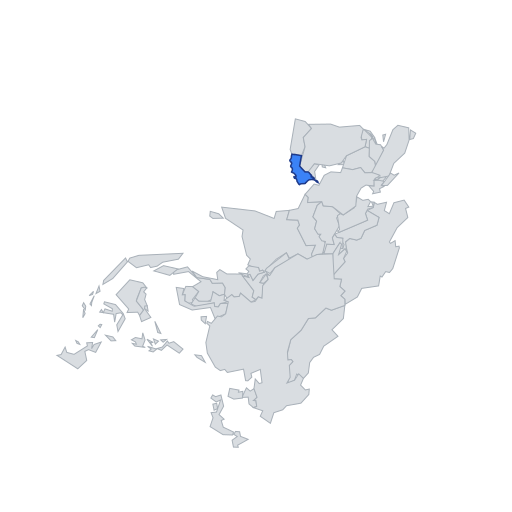 Oman on a map of Asia (Robinson projection), rotated 121°
{"feature_id": "OMN", "entity_name": "Oman", "entity_type": "country or territory", "adm_level": 0, "iso_a3": "OMN", "parent_name": "Asia", "parent_adm1": "", "projection": "robinson", "projection_center": [56.004, 21.502], "detail": "fine", "context": "in_parent", "style": "filled", "palette": "blue", "viewbox_px": 512, "rotation_deg": 121, "n_neighbors": 45, "source": "natural_earth", "source_scale": "50m", "svg_char_len": 15613}
<svg xmlns="http://www.w3.org/2000/svg" viewBox="0 0 512 512"><g transform="rotate(121 256 256)"><path d="M251.5,154.7L247.3,157.6L246.3,162.9L240.3,161.7L239.0,168.4L231.9,170.7L235.3,177.2L233.8,180.3L215.1,176.7L213.1,179.7L206.1,179.0L198.7,186.6L192.7,184.7L190.5,177.9L186.8,175.1L178.1,176.0L167.3,168.2L159.6,170.4L159.7,184.2L154.0,180.4L149.1,182.4L149.2,178.6L142.7,171.8L151.0,169.4L151.1,163.5L139.3,165.2L131.8,157.8L135.4,150.2L138.2,152.3L144.8,145.7L159.0,149.6L175.3,148.9L175.9,147.2L171.2,144.7L176.1,141.0L173.9,138.5L175.2,137.3L196.3,132.3L201.4,133.1L202.6,136.8L209.2,137.2L209.2,139.2L218.5,135.5L229.3,148.7L238.9,148.0L251.5,154.7Z" fill="#d9dde1" stroke="#a8b0b8" stroke-width="1"/><path d="M159.7,184.2L159.6,170.4L167.3,168.2L178.1,176.0L186.8,175.1L190.5,177.9L192.7,184.7L197.6,186.6L205.5,180.6L204.0,183.4L212.3,185.9L208.5,188.6L204.9,188.3L204.9,185.5L200.9,186.4L198.7,190.9L196.1,190.7L198.4,196.1L196.9,199.9L167.8,178.8L163.2,184.1L159.7,184.2Z" fill="#d9dde1" stroke="#a8b0b8" stroke-width="1"/><path d="M444.5,350.7L443.7,375.4L440.9,372.3L432.4,372.7L436.1,368.6L434.0,361.3L419.9,354.2L417.6,356.4L414.3,351.5L420.1,349.2L415.2,349.2L409.5,344.4L421.2,343.8L422.5,351.3L425.9,353.6L432.7,347.3L444.5,350.7ZM390.1,374.6L388.1,379.3L384.8,379.7L386.7,376.1L390.1,374.6ZM421.3,367.0L421.1,364.1L422.5,361.5L423.1,364.4L421.3,367.0ZM367.0,325.1L365.1,328.5L370.9,337.4L367.0,337.8L361.2,356.0L341.4,351.9L337.3,339.2L339.6,333.2L342.5,337.9L353.5,336.2L356.2,335.4L360.2,324.5L367.0,325.1ZM400.6,353.7L409.2,352.5L410.4,355.4L400.6,353.7ZM397.1,355.2L394.8,354.5L394.2,352.9L397.6,352.7L397.1,355.2ZM400.8,332.6L403.4,336.5L401.4,344.2L399.1,337.0L400.8,332.6ZM377.2,335.8L391.8,335.4L386.7,339.9L374.9,339.9L374.4,342.8L377.4,346.2L385.5,343.1L379.3,348.0L384.6,361.1L381.5,360.9L383.2,357.7L379.1,358.2L377.4,350.8L375.2,351.9L375.4,361.8L373.3,362.3L370.0,351.4L373.7,340.2L377.2,335.8ZM375.9,378.6L370.0,377.1L373.1,376.3L375.9,378.6ZM373.3,374.2L380.3,372.9L383.3,371.5L382.7,373.6L373.3,374.2ZM366.6,371.5L370.6,373.8L362.6,375.1L366.6,371.5ZM327.3,363.2L349.1,367.2L359.2,372.6L355.4,374.0L324.9,366.8L327.3,363.2ZM318.8,343.5L327.6,352.4L326.5,363.0L322.8,363.1L315.8,356.8L291.3,320.0L298.7,320.9L309.4,332.8L315.6,335.5L320.2,340.4L318.8,343.5Z" fill="#d9dde1" stroke="#a8b0b8" stroke-width="1"/><path d="M390.4,376.4L393.4,372.8L398.1,372.7L390.4,376.4Z" fill="#d9dde1" stroke="#a8b0b8" stroke-width="1"/><path d="M95.7,214.6L92.7,219.9L91.9,228.9L90.2,222.4L93.3,215.3L95.7,214.6Z" fill="#d9dde1" stroke="#a8b0b8" stroke-width="1"/><path d="M98.4,211.0L93.4,215.3L98.0,209.6L98.4,211.0Z" fill="#d9dde1" stroke="#a8b0b8" stroke-width="1"/><path d="M94.6,217.9L92.4,221.9L93.5,217.4L94.6,217.9Z" fill="#d9dde1" stroke="#a8b0b8" stroke-width="1"/><path d="M94.6,217.9L105.2,214.2L106.2,218.8L99.1,221.3L102.0,225.1L95.6,230.0L91.9,228.9L94.6,217.9Z" fill="#d9dde1" stroke="#a8b0b8" stroke-width="1"/><path d="M145.4,248.8L153.3,249.3L160.7,243.2L156.6,255.5L146.8,253.5L145.4,248.8Z" fill="#d9dde1" stroke="#a8b0b8" stroke-width="1"/><path d="M142.9,246.9L142.7,244.1L144.5,241.7L145.5,245.1L142.9,246.9Z" fill="#d9dde1" stroke="#a8b0b8" stroke-width="1"/><path d="M131.9,226.8L135.3,232.5L129.4,230.4L131.9,226.8Z" fill="#d9dde1" stroke="#a8b0b8" stroke-width="1"/><path d="M106.2,218.8L105.2,214.2L112.4,210.2L113.7,202.9L118.5,199.0L124.7,199.8L128.6,205.5L126.3,211.9L132.2,217.6L135.9,227.3L123.4,230.1L106.2,218.8Z" fill="#d9dde1" stroke="#a8b0b8" stroke-width="1"/><path d="M314.9,294.6L315.9,286.8L326.1,288.1L327.5,285.5L331.4,289.5L331.2,294.0L325.7,296.9L327.3,299.2L318.2,300.5L314.9,294.6Z" fill="#d9dde1" stroke="#a8b0b8" stroke-width="1"/><path d="M323.3,286.7L315.9,286.8L314.9,294.6L306.4,289.9L304.1,305.8L314.1,317.2L310.9,319.2L300.6,309.1L305.0,295.7L299.8,283.4L301.9,279.4L296.4,270.8L299.0,266.0L305.0,263.3L309.0,267.0L308.8,274.4L315.6,271.3L320.9,274.7L324.2,281.7L323.3,286.7Z" fill="#d9dde1" stroke="#a8b0b8" stroke-width="1"/><path d="M330.5,286.9L323.3,286.7L324.2,281.7L318.2,271.6L308.8,274.4L309.0,267.0L305.0,263.3L310.3,260.5L309.5,256.1L315.0,262.0L319.1,262.1L320.6,265.4L317.7,267.7L329.9,280.5L330.5,286.9Z" fill="#d9dde1" stroke="#a8b0b8" stroke-width="1"/><path d="M305.0,263.3L299.0,266.0L296.4,270.8L301.9,279.4L299.8,283.4L305.0,295.7L301.8,303.1L301.2,291.0L296.0,276.6L290.3,281.2L286.3,280.0L286.4,271.7L279.0,259.3L286.9,240.0L293.2,238.1L293.4,233.6L298.1,236.4L295.8,250.1L299.2,249.5L302.4,253.7L301.6,256.9L308.0,257.9L305.0,263.3Z" fill="#d9dde1" stroke="#a8b0b8" stroke-width="1"/><path d="M321.0,301.0L327.3,299.2L325.7,296.9L331.2,294.0L330.9,283.1L317.7,267.7L320.6,265.4L319.1,262.1L315.0,262.0L311.1,255.6L321.2,252.2L330.7,259.0L323.6,268.5L335.2,282.9L337.0,296.5L324.0,308.2L321.0,301.0Z" fill="#d9dde1" stroke="#a8b0b8" stroke-width="1"/><path d="M387.3,180.1L386.4,185.8L381.0,190.0L384.5,195.3L373.9,196.3L374.8,191.4L370.8,189.4L372.5,187.0L376.6,182.3L381.1,183.6L380.0,181.6L384.6,177.9L387.3,180.1Z" fill="#d9dde1" stroke="#a8b0b8" stroke-width="1"/><path d="M378.8,197.6L384.7,194.4L390.1,201.3L390.7,207.7L383.0,210.3L379.7,201.5L381.8,200.9L378.8,197.6Z" fill="#d9dde1" stroke="#a8b0b8" stroke-width="1"/><path d="M252.6,154.4L264.6,148.9L280.1,152.9L282.6,144.4L298.4,151.5L307.6,150.8L313.2,154.5L319.7,155.1L329.3,150.9L336.5,152.3L336.2,160.3L342.7,159.0L348.9,162.8L332.6,171.1L327.6,170.0L326.6,172.4L328.7,175.1L325.3,178.3L309.8,183.1L296.3,179.1L282.6,178.9L278.4,173.2L264.6,169.3L263.6,163.4L252.6,154.4Z" fill="#d9dde1" stroke="#a8b0b8" stroke-width="1"/><path d="M293.4,233.6L293.2,238.1L286.9,240.0L280.1,257.2L278.0,251.2L276.7,253.6L274.8,251.6L278.5,246.0L270.4,244.9L265.6,240.5L264.7,243.0L267.2,245.1L264.6,247.9L266.6,248.9L267.8,258.5L261.5,259.3L260.2,264.4L246.5,278.0L240.4,280.5L239.4,301.5L231.8,310.6L217.9,280.1L214.5,259.8L207.4,261.6L199.7,250.9L209.0,248.4L203.7,238.6L207.1,234.6L210.9,234.9L221.3,218.4L216.1,210.6L225.9,209.3L228.7,206.2L232.4,210.6L232.6,221.2L240.6,226.3L237.6,231.6L248.3,237.0L264.0,240.6L265.7,234.2L266.3,238.0L269.4,239.4L276.8,239.0L275.4,235.4L289.1,229.1L289.9,233.0L293.4,233.6Z" fill="#d9dde1" stroke="#a8b0b8" stroke-width="1"/><path d="M278.0,251.2L279.4,262.4L275.8,254.4L272.8,254.3L272.3,258.0L268.2,257.1L264.6,247.9L267.2,245.1L264.7,243.0L265.6,240.5L270.4,244.9L278.5,246.0L274.8,251.6L276.7,253.6L278.0,251.2Z" fill="#d9dde1" stroke="#a8b0b8" stroke-width="1"/><path d="M275.4,235.4L276.8,239.0L266.3,238.0L269.8,233.5L275.4,235.4Z" fill="#d9dde1" stroke="#a8b0b8" stroke-width="1"/><path d="M263.8,235.0L264.0,240.6L261.3,240.7L237.6,231.6L241.8,225.4L256.3,233.8L263.8,235.0Z" fill="#d9dde1" stroke="#a8b0b8" stroke-width="1"/><path d="M228.7,206.2L225.9,209.3L216.1,210.6L221.3,218.4L210.9,234.9L207.1,234.6L203.7,238.6L209.0,248.4L199.7,250.9L193.6,244.3L177.8,245.7L178.9,241.3L183.6,239.3L175.5,227.6L181.0,229.6L193.1,227.4L194.9,222.0L202.4,219.8L209.6,202.3L219.8,200.0L223.4,204.6L228.7,206.2Z" fill="#d9dde1" stroke="#a8b0b8" stroke-width="1"/><path d="M187.2,200.0L201.1,199.9L205.9,194.8L209.5,201.4L213.8,198.6L219.8,200.0L207.8,204.0L209.1,207.4L207.0,211.9L204.0,211.7L205.4,214.2L202.4,219.8L194.9,222.0L193.1,227.4L181.0,229.6L175.5,227.6L178.4,224.2L174.3,215.7L176.3,205.6L181.9,206.5L187.2,200.0Z" fill="#d9dde1" stroke="#a8b0b8" stroke-width="1"/><path d="M196.9,199.9L198.4,196.1L196.1,190.7L204.9,185.5L206.2,188.2L201.5,190.9L214.6,191.3L219.2,198.9L209.5,201.4L205.9,194.8L201.1,199.9L196.9,199.9Z" fill="#d9dde1" stroke="#a8b0b8" stroke-width="1"/><path d="M205.5,180.6L213.1,179.7L215.1,176.7L233.8,180.3L214.6,191.3L201.5,190.9L201.7,188.7L212.3,185.9L204.0,183.4L205.5,180.6Z" fill="#d9dde1" stroke="#a8b0b8" stroke-width="1"/><path d="M149.1,182.4L154.0,180.4L158.2,184.4L163.2,184.1L167.8,178.8L192.7,196.8L192.7,199.1L190.3,198.0L179.5,207.0L176.3,205.6L175.9,202.4L164.0,196.6L153.3,199.7L153.3,193.1L149.6,189.0L150.4,185.8L156.0,185.5L152.9,181.1L150.1,184.9L149.1,182.4Z" fill="#d9dde1" stroke="#a8b0b8" stroke-width="1"/><path d="M135.9,227.3L132.2,217.6L126.3,211.9L128.6,205.5L123.1,196.8L123.0,191.3L129.2,193.9L135.3,190.7L138.6,198.3L143.7,200.9L153.0,200.6L161.8,196.2L175.9,202.4L174.3,215.7L178.4,224.2L175.5,227.6L183.6,239.3L178.9,241.3L177.8,245.7L164.4,243.2L163.0,238.5L151.7,239.1L145.3,235.1L140.9,226.4L135.9,227.3Z" fill="#d9dde1" stroke="#a8b0b8" stroke-width="1"/><path d="M95.2,216.7L98.4,211.0L96.5,206.5L99.5,201.1L117.1,199.6L113.7,202.9L112.4,210.2L98.7,218.2L95.2,216.7Z" fill="#d9dde1" stroke="#a8b0b8" stroke-width="1"/><path d="M130.4,193.8L121.8,188.2L121.7,185.0L127.7,186.1L130.4,193.8Z" fill="#d9dde1" stroke="#a8b0b8" stroke-width="1"/><path d="M124.7,199.8L99.5,201.1L97.4,204.9L97.6,201.8L93.1,201.2L77.2,203.7L70.9,201.7L67.5,191.1L77.7,184.5L91.2,181.5L105.6,185.6L118.9,183.2L125.2,190.2L123.0,191.3L124.7,199.8ZM68.5,182.3L74.3,181.6L77.0,184.2L68.4,188.5L68.5,182.3Z" fill="#d9dde1" stroke="#a8b0b8" stroke-width="1"/><path d="M246.0,312.3L245.6,316.2L241.3,318.2L239.0,309.7L240.4,303.5L246.0,312.3Z" fill="#d9dde1" stroke="#a8b0b8" stroke-width="1"/><path d="M336.4,271.8L333.3,267.3L340.2,264.6L339.1,269.9L336.4,271.8ZM214.6,191.3L235.3,177.2L231.9,170.7L239.0,168.4L240.3,161.7L246.3,162.9L247.3,157.6L252.6,154.4L263.6,163.4L264.6,169.3L278.4,173.2L282.6,178.9L296.3,179.1L309.8,183.1L322.0,179.7L328.7,175.1L326.6,172.4L327.6,170.0L332.6,171.1L342.4,164.2L349.0,164.1L342.7,159.0L335.0,158.7L336.5,152.3L343.7,151.3L345.4,144.7L342.6,141.8L347.5,139.4L359.0,141.7L368.6,152.7L374.1,153.9L381.1,160.0L392.0,157.5L391.2,169.8L385.2,170.5L387.3,180.1L384.6,177.9L380.0,181.6L381.1,183.6L376.6,182.3L370.8,189.4L361.8,193.3L363.7,187.5L361.5,185.6L351.0,193.9L359.2,199.9L362.0,197.2L367.2,198.7L368.2,200.7L359.4,208.4L370.6,220.6L369.3,224.4L372.6,227.6L372.2,233.7L364.3,247.7L356.0,254.4L339.7,259.6L339.0,263.6L337.1,263.9L336.7,259.6L327.3,258.1L326.0,254.3L321.2,252.2L309.5,256.1L310.3,260.5L301.6,256.9L302.4,253.7L299.2,249.5L295.8,250.1L298.1,236.4L295.3,233.3L289.9,233.0L289.1,229.1L278.0,235.0L269.8,233.5L266.2,237.2L265.7,234.2L256.3,233.8L232.6,221.2L232.4,210.6L223.4,204.6L214.6,191.3Z" fill="#d9dde1" stroke="#a8b0b8" stroke-width="1"/><path d="M373.3,244.8L373.3,254.3L372.2,257.5L369.5,251.4L373.3,244.8Z" fill="#d9dde1" stroke="#a8b0b8" stroke-width="1"/><path d="M130.5,182.1L134.7,184.8L137.2,182.3L142.6,188.1L140.0,188.4L137.7,195.5L135.3,190.7L130.4,193.8L127.7,189.5L126.0,184.4L130.7,185.1L130.5,182.1ZM129.2,193.9L127.1,193.4L125.2,190.2L128.1,191.1L129.2,193.9Z" fill="#d9dde1" stroke="#a8b0b8" stroke-width="1"/><path d="M111.2,176.2L127.8,179.7L131.1,184.7L115.6,183.3L115.6,179.2L111.2,176.2Z" fill="#d9dde1" stroke="#a8b0b8" stroke-width="1"/><path d="M377.0,294.5L373.6,289.7L377.7,291.2L377.0,294.5ZM383.5,306.6L383.0,299.5L384.4,301.9L386.7,298.2L383.5,306.6ZM391.4,303.8L395.6,313.5L394.6,317.0L393.2,313.1L391.7,315.1L392.0,319.6L388.0,317.4L385.7,311.1L380.2,313.5L385.2,307.8L391.8,306.7L391.4,303.8ZM372.2,300.8L364.1,309.1L371.4,297.7L372.2,300.8ZM378.8,271.7L378.1,286.4L385.6,288.5L386.3,293.2L382.3,289.4L374.5,288.2L375.6,285.7L371.8,282.4L373.4,270.6L378.8,271.7ZM379.9,301.2L379.2,295.7L383.4,296.9L379.9,301.2ZM391.2,294.7L392.4,298.9L389.7,297.9L389.3,302.4L387.0,293.2L391.2,294.7Z" fill="#d9dde1" stroke="#a8b0b8" stroke-width="1"/><path d="M307.3,316.3L317.0,319.9L321.4,335.9L311.9,330.3L307.3,316.3ZM367.0,325.1L360.2,324.5L356.2,335.4L342.5,337.9L340.2,335.7L339.6,333.2L344.6,333.8L345.3,330.6L350.7,329.0L354.7,323.6L358.5,324.4L362.8,314.5L371.2,320.3L367.0,325.1Z" fill="#d9dde1" stroke="#a8b0b8" stroke-width="1"/><path d="M358.8,320.1L358.5,324.4L356.2,325.6L354.7,323.6L358.8,320.1Z" fill="#d9dde1" stroke="#a8b0b8" stroke-width="1"/><path d="M426.1,192.2L425.9,207.5L416.8,209.5L413.4,213.8L410.1,209.5L397.7,212.2L401.6,215.0L401.0,221.5L397.4,221.6L397.4,218.2L393.2,214.5L401.4,206.4L411.0,206.0L412.3,199.3L414.9,201.1L419.6,195.9L418.5,184.6L421.5,183.9L426.1,192.2ZM427.6,174.3L429.1,172.7L431.4,176.9L426.2,181.6L420.4,179.1L420.3,183.2L416.9,183.2L415.1,179.5L418.6,176.4L417.2,168.3L427.6,174.3ZM402.5,213.8L406.6,210.4L409.8,212.5L405.2,216.7L402.5,213.8Z" fill="#d9dde1" stroke="#a8b0b8" stroke-width="1"/><path d="M146.7,268.7L150.3,277.6L147.1,281.6L118.2,292.9L115.4,283.1L118.1,274.1L130.1,276.5L137.1,270.2L146.7,268.7Z" fill="#d9dde1" stroke="#a8b0b8" stroke-width="1"/><path d="M92.0,229.4L100.3,227.0L102.0,225.1L99.1,221.3L106.2,218.8L123.4,230.1L132.3,230.8L140.9,239.5L146.8,253.5L157.3,254.7L158.8,257.3L156.6,264.9L137.1,270.2L130.1,276.5L118.1,274.1L116.1,278.8L104.5,260.0L102.6,250.9L90.7,234.4L92.0,229.4Z" fill="#d9dde1" stroke="#a8b0b8" stroke-width="1"/><path d="M92.4,205.5L87.0,209.6L84.9,207.6L92.4,205.5Z" fill="#d9dde1" stroke="#a8b0b8" stroke-width="1"/><path d="M150.2,277.6L150.0,277.1L149.8,276.6L149.6,276.1L149.4,275.6L149.3,275.3L149.0,275.2L148.9,274.8L148.7,274.4L148.6,274.0L148.5,273.7L148.3,273.3L148.2,272.9L148.0,272.5L147.9,272.1L147.7,271.8L147.6,271.4L147.4,271.0L147.3,270.6L147.2,270.3L147.0,269.9L146.9,269.5L146.7,269.1L146.6,268.7L147.0,268.6L147.6,268.3L148.2,268.1L148.8,267.9L149.3,267.7L149.9,267.5L150.5,267.3L151.0,267.0L151.6,266.8L152.2,266.6L152.7,266.4L153.3,266.2L153.9,265.9L154.4,265.7L155.0,265.5L155.6,265.3L156.1,265.1L156.5,264.9L156.6,264.4L156.7,264.0L156.9,263.6L157.0,263.2L157.1,262.8L157.2,262.3L157.4,261.9L157.5,261.5L157.6,261.1L157.7,260.7L157.8,260.2L158.0,259.8L158.1,259.4L158.2,259.0L158.3,258.6L158.4,258.1L158.6,257.7L158.7,257.3L158.5,257.0L158.2,256.5L157.9,255.9L157.6,255.5L157.4,255.1L157.2,254.7L157.2,254.1L157.2,253.8L157.2,253.4L157.5,252.8L157.7,252.1L157.9,251.6L158.1,251.1L158.2,250.8L158.3,250.4L158.3,250.2L158.2,250.1L158.4,249.8L158.9,249.7L159.1,249.7L159.5,249.6L159.8,249.5L159.8,249.4L159.7,249.2L159.6,248.9L159.2,248.9L159.2,248.4L159.1,248.1L159.1,247.9L159.1,247.6L159.2,247.3L159.2,247.2L159.2,246.8L159.2,246.5L159.3,246.3L159.4,246.1L159.6,246.1L159.8,246.1L159.9,246.3L159.7,246.5L159.9,246.7L160.1,247.0L160.2,246.9L160.3,246.7L160.5,246.6L160.9,246.2L161.0,246.1L161.4,247.0L161.9,248.0L162.4,248.5L162.8,249.2L163.5,249.8L163.8,250.0L165.1,250.5L165.8,250.7L166.8,250.8L167.4,251.2L167.7,251.2L168.0,251.1L168.3,251.1L168.9,251.6L169.1,252.0L169.4,252.3L169.6,252.7L169.8,253.1L170.3,253.7L170.7,254.3L171.1,254.8L171.4,255.1L172.0,255.3L172.4,255.4L172.4,255.7L172.4,256.2L172.3,256.5L171.9,257.1L171.8,257.5L171.4,258.2L170.9,259.2L170.7,259.5L169.9,260.0L169.4,260.7L168.7,261.9L168.2,263.0L168.0,263.4L167.6,263.5L167.3,263.4L167.1,263.3L167.2,263.0L167.2,262.7L166.8,262.8L166.3,263.6L166.0,264.0L165.9,264.5L165.8,265.1L165.6,265.7L165.5,266.1L165.5,266.4L165.6,267.1L165.7,267.8L165.7,268.2L165.8,268.7L165.6,268.8L165.4,268.9L164.6,268.9L163.7,269.1L163.0,269.4L162.6,269.7L162.0,270.3L161.7,271.9L161.1,272.6L160.7,272.7L159.8,272.8L158.6,273.0L158.1,273.1L157.4,274.1L157.3,274.4L157.5,274.6L157.5,274.9L157.4,275.1L157.1,275.7L156.7,276.2L155.8,276.4L155.4,276.3L155.1,276.2L154.5,276.2L153.5,276.3L153.1,276.6L152.5,276.9L151.9,277.2L150.9,277.4L150.2,277.6ZM160.8,243.5L160.7,243.6L160.4,243.5L160.3,243.3L160.3,243.1L160.3,242.7L160.4,242.4L160.4,242.0L160.2,241.9L160.4,241.4L160.5,241.3L160.8,241.3L161.0,241.0L161.1,240.8L161.2,241.4L161.2,241.8L161.1,242.9L160.9,243.1L160.8,243.3L160.8,243.5ZM168.8,264.1L168.6,264.2L168.5,263.6L169.0,263.0L169.3,262.3L169.5,263.0L169.2,263.3L169.0,263.9L168.8,264.1ZM160.8,245.1L160.6,245.2L160.6,244.9L160.8,244.9L160.8,245.1Z" fill="#3b82f6" stroke="#1e3a8a" stroke-width="1.5"/></g></svg>